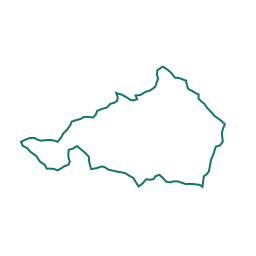 Alto Caparaó, Minas Gerais, Brazil, rotated 24°
{"feature_id": "56859067B94764678616767", "entity_name": "Alto Caparaó", "entity_type": "district", "adm_level": 2, "iso_a3": "BRA", "parent_name": "Brazil", "parent_adm1": "Minas Gerais", "projection": "albers", "projection_center": [-41.878, -20.458], "detail": "fine", "context": "isolated", "style": "outline", "palette": "teal", "viewbox_px": 256, "rotation_deg": 24, "n_neighbors": 0, "source": "geoboundaries", "source_scale": "gbopen_adm2", "svg_char_len": 1646}
<svg xmlns="http://www.w3.org/2000/svg" viewBox="0 0 256 256"><g transform="rotate(24 128 128)"><path d="M175.6,68.6L171.7,68.1L167.1,67.8L163.8,64.2L161.8,61.1L158.2,61.4L154.6,61.5L150.3,62.9L145.0,60.0L140.2,58.6L134.7,57.8L131.3,63.3L132.9,68.0L135.4,70.4L135.7,74.6L136.1,79.3L133.1,84.6L129.2,88.0L125.8,92.9L121.7,95.2L124.6,97.9L121.9,100.5L118.8,101.4L114.0,100.5L108.7,100.1L103.0,100.8L106.2,104.1L107.0,107.7L105.2,110.5L102.1,113.0L100.5,117.7L96.5,121.2L92.9,124.9L93.1,128.8L91.9,132.6L87.1,134.1L83.3,135.8L81.0,139.0L77.2,142.1L73.9,145.1L74.1,148.9L73.1,154.1L71.2,158.9L70.6,164.6L69.3,169.2L65.8,169.5L61.6,170.6L56.6,173.2L53.7,175.0L49.9,175.5L46.6,175.1L42.5,177.0L38.8,180.6L35.9,184.2L39.3,187.2L43.9,187.4L48.2,189.3L52.1,190.2L56.3,191.2L60.8,194.4L66.9,195.5L70.3,198.2L73.8,196.6L77.2,195.5L80.9,195.4L83.3,192.1L85.7,188.5L88.5,185.9L88.6,182.5L86.0,179.7L84.1,176.2L82.7,172.0L86.0,169.3L88.7,165.3L93.6,166.6L99.5,168.3L103.9,170.2L105.8,173.9L108.0,177.0L111.2,180.6L115.9,177.2L119.9,173.6L123.4,173.3L126.6,174.0L131.1,173.2L136.6,172.1L140.2,171.1L144.3,170.3L148.4,171.1L152.8,171.4L157.2,174.2L161.4,177.2L163.9,172.6L165.5,167.4L169.5,166.2L172.2,164.2L172.8,160.8L175.8,158.0L180.5,159.6L184.6,161.5L188.7,160.5L191.5,158.1L194.9,156.6L203.5,155.7L207.3,153.9L210.9,152.5L216.7,150.8L219.9,151.5L218.4,146.4L216.9,141.3L218.8,138.0L219.5,134.5L216.8,123.5L216.7,117.9L215.8,109.4L219.2,106.4L220.1,101.8L215.9,94.8L215.1,90.7L214.9,85.2L210.3,83.5L206.6,82.7L202.0,81.8L198.1,79.9L192.1,77.4L187.8,74.8L183.9,73.8L180.5,72.6L178.9,68.7L175.6,68.6Z" fill="none" stroke="#0f766e" stroke-width="2"/></g></svg>